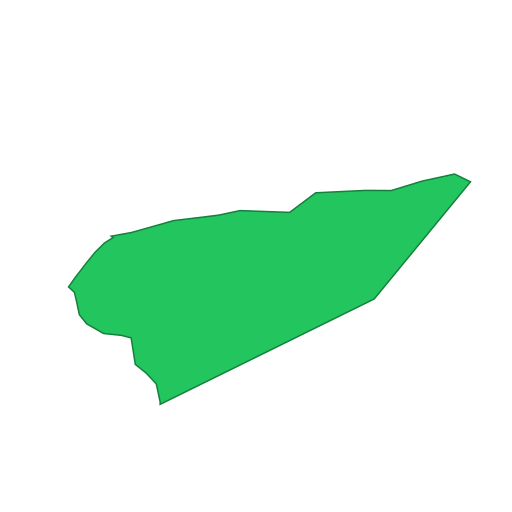 outline of Calvary/Calvaire, Soufrière, Saint Lucia, rotated 302°
{"feature_id": "8701671B5799269287632", "entity_name": "Calvary/Calvaire", "entity_type": "district", "adm_level": 2, "iso_a3": "LCA", "parent_name": "Saint Lucia", "parent_adm1": "Soufrière", "projection": "orthographic", "projection_center": [-61.057, 13.851], "detail": "fine", "context": "isolated", "style": "filled", "palette": "green", "viewbox_px": 512, "rotation_deg": 302, "n_neighbors": 0, "source": "geoboundaries", "source_scale": "gbopen_adm2", "svg_char_len": 575}
<svg xmlns="http://www.w3.org/2000/svg" viewBox="0 0 512 512"><g transform="rotate(302 256 256)"><path d="M130.4,113.4L129.0,121.2L123.5,126.8L112.6,137.3L108.7,148.5L109.5,167.8L117.3,183.8L120.4,193.5L114.9,198.3L100.1,211.1L98.5,224.8L94.7,239.2L81.4,252.1L79.4,253.3L282.2,379.0L432.6,398.6L432.4,397.0L430.7,380.9L407.8,357.4L383.1,335.9L369.8,314.3L341.2,273.1L310.8,261.4L286.0,218.3L270.8,202.6L242.3,167.3L209.9,137.9L196.1,122.7L195.8,125.0L186.8,120.6L173.6,117.5L159.9,115.8L141.1,114.0L130.4,113.4Z" fill="#22c55e" stroke="#15803d" stroke-width="1.5"/></g></svg>